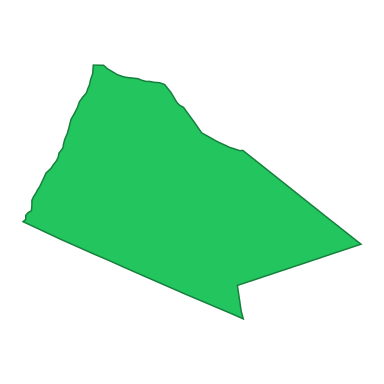 Senador Rui Palmeira, Alagoas, Brazil (Equal Earth projection)
{"feature_id": "56859067B1965841485432", "entity_name": "Senador Rui Palmeira", "entity_type": "district", "adm_level": 2, "iso_a3": "BRA", "parent_name": "Brazil", "parent_adm1": "Alagoas", "projection": "equal_earth", "projection_center": [-37.547, -9.387], "detail": "fine", "context": "isolated", "style": "filled", "palette": "green", "viewbox_px": 384, "rotation_deg": 0, "n_neighbors": 0, "source": "geoboundaries", "source_scale": "gbopen_adm2", "svg_char_len": 1035}
<svg xmlns="http://www.w3.org/2000/svg" viewBox="0 0 384 384"><path d="M361.0,244.2L352.2,237.3L324.1,215.1L267.6,170.1L242.8,150.4L239.8,150.7L234.0,148.7L229.7,147.4L225.5,145.4L217.3,141.6L201.6,132.8L194.2,122.0L188.8,114.7L183.5,107.3L179.6,105.2L177.0,102.6L170.9,92.4L164.6,84.5L159.5,82.7L154.2,82.3L149.4,81.4L146.0,81.4L141.3,80.1L138.2,78.7L126.6,77.4L122.8,76.6L117.2,74.6L107.4,68.7L103.6,65.3L93.3,65.1L92.7,73.7L90.5,79.8L89.5,84.7L87.7,89.0L86.3,93.1L82.8,97.0L79.4,101.8L77.5,107.4L74.0,114.2L71.0,119.3L69.2,126.7L67.3,133.5L64.8,139.2L63.5,144.1L62.9,148.0L59.0,153.1L58.1,157.5L56.4,160.8L53.2,165.0L50.9,168.5L46.1,172.9L42.7,180.4L39.8,186.4L37.5,189.9L35.8,193.3L33.7,196.4L31.9,200.3L31.9,204.9L31.4,210.7L28.1,212.6L25.8,215.3L25.7,219.5L23.0,221.7L62.4,240.1L93.5,253.9L96.8,255.3L109.9,260.9L123.6,267.1L145.4,276.7L164.0,284.8L171.6,288.1L184.5,293.8L226.3,311.5L229.4,312.8L243.3,318.9L241.2,311.2L237.4,285.4L275.9,272.6L339.7,251.3L361.0,244.2Z" fill="#22c55e" stroke="#15803d" stroke-width="1.5"/></svg>